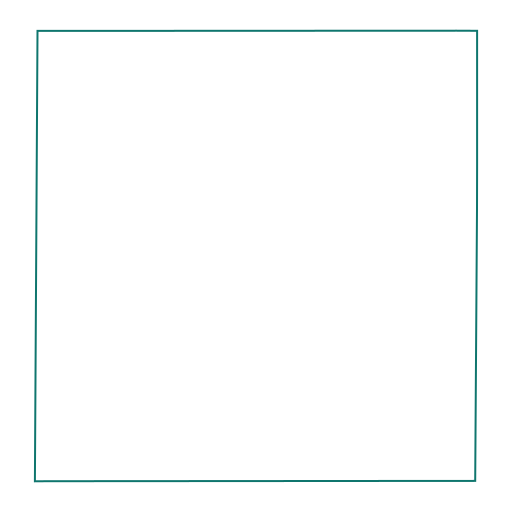 Graham, Kansas, United States of America
{"feature_id": "52423323B5145566427534", "entity_name": "Graham", "entity_type": "district", "adm_level": 2, "iso_a3": "USA", "parent_name": "United States of America", "parent_adm1": "Kansas", "projection": "equal_earth", "projection_center": [-99.853, 39.35], "detail": "fine", "context": "isolated", "style": "outline", "palette": "teal", "viewbox_px": 512, "rotation_deg": 0, "n_neighbors": 0, "source": "geoboundaries", "source_scale": "gbopen_adm2", "svg_char_len": 227}
<svg xmlns="http://www.w3.org/2000/svg" viewBox="0 0 512 512"><path d="M37.5,30.9L34.9,481.3L47.7,481.2L475.2,480.9L477.0,209.7L477.1,164.9L477.1,30.8L456.8,30.7L37.5,30.9Z" fill="none" stroke="#0f766e" stroke-width="2"/></svg>